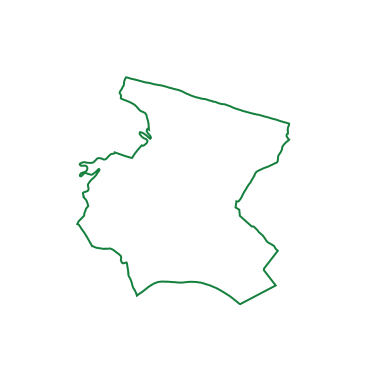 outline of Limpopo, Gaza, Mozambique, rotated 220°
{"feature_id": "85939544B55875453752427", "entity_name": "Limpopo", "entity_type": "district", "adm_level": 2, "iso_a3": "MOZ", "parent_name": "Mozambique", "parent_adm1": "Gaza", "projection": "orthographic", "projection_center": [33.462, -25.027], "detail": "fine", "context": "isolated", "style": "outline", "palette": "green", "viewbox_px": 384, "rotation_deg": 220, "n_neighbors": 0, "source": "geoboundaries", "source_scale": "gbopen_adm2", "svg_char_len": 6042}
<svg xmlns="http://www.w3.org/2000/svg" viewBox="0 0 384 384"><g transform="rotate(220 192 192)"><path d="M161.5,306.8L161.8,306.8L162.2,306.5L163.6,306.0L166.2,304.8L166.5,304.5L168.5,303.8L168.9,303.5L174.1,301.5L177.6,299.8L183.0,297.5L185.5,296.2L190.1,294.3L192.7,292.7L193.7,292.3L193.9,292.1L194.6,291.8L194.9,291.5L195.6,291.3L198.8,289.7L199.6,289.4L205.3,286.7L206.1,286.4L206.4,286.4L211.1,284.4L214.0,283.3L216.5,282.6L217.6,282.3L220.9,281.1L221.6,280.8L223.4,280.2L224.7,279.2L226.3,278.2L229.4,276.8L229.7,276.8L232.5,275.8L233.7,275.0L234.0,274.7L234.7,274.7L238.0,273.1L240.9,272.0L241.2,271.8L241.9,271.5L242.1,271.3L243.1,270.7L243.3,270.4L245.1,269.6L245.3,269.3L246.6,268.8L248.6,267.9L248.8,267.6L251.7,266.4L254.1,265.5L256.0,264.9L256.3,264.9L258.3,264.2L258.6,264.2L259.5,263.8L264.4,262.7L266.4,262.0L268.0,261.4L272.8,259.0L274.1,258.5L274.6,258.2L275.0,258.1L276.4,257.3L278.8,256.4L281.5,255.1L283.9,254.0L288.0,251.5L291.1,249.8L292.5,249.2L294.7,248.1L297.2,246.7L297.4,246.4L297.8,246.3L298.1,246.0L299.7,245.3L300.1,245.0L300.9,244.8L302.4,244.1L304.6,243.0L305.6,242.6L307.0,241.9L307.4,241.8L307.7,241.5L309.2,240.9L310.8,239.9L314.9,238.2L316.2,237.5L315.9,235.6L315.4,234.0L314.4,232.1L313.3,230.7L312.7,229.3L312.7,228.4L312.0,225.6L311.9,224.1L311.8,223.9L311.8,223.1L311.4,221.8L311.1,221.6L310.9,221.2L309.6,220.9L308.6,220.4L308.0,220.0L307.6,219.3L307.1,218.3L306.8,218.1L306.5,218.0L305.5,218.2L303.8,218.8L302.6,219.1L300.9,219.9L300.5,219.9L296.2,221.2L295.7,221.2L293.5,221.7L291.7,221.9L290.1,221.8L286.2,221.3L285.5,221.1L283.7,221.0L280.3,222.0L278.3,222.3L276.4,221.7L275.1,220.6L271.1,217.9L268.6,215.8L268.4,215.5L268.1,215.3L267.9,215.0L267.3,214.5L267.0,213.9L266.7,213.8L266.5,213.5L266.2,213.3L265.7,212.7L265.0,212.1L266.6,211.8L266.7,211.5L266.7,211.1L266.5,210.5L265.8,209.5L263.5,208.6L260.4,208.2L259.8,208.0L258.3,207.2L258.2,206.9L258.3,205.9L263.5,206.0L266.6,205.8L267.6,205.6L269.6,204.9L270.2,204.5L270.1,203.7L269.9,203.4L269.4,202.9L268.7,202.6L266.5,202.2L264.9,202.1L263.3,202.3L261.6,202.9L260.3,202.9L259.3,202.7L258.9,202.4L258.3,201.4L258.2,201.0L258.3,199.6L258.6,197.3L259.4,195.7L260.5,195.4L260.6,189.4L260.5,185.1L260.4,184.1L260.1,181.9L260.1,181.3L259.9,180.7L259.8,180.0L259.9,179.4L266.5,176.5L276.6,172.7L276.4,172.4L276.3,171.9L276.4,171.4L278.2,169.2L278.6,168.3L278.9,165.4L279.0,162.6L279.3,161.5L279.8,160.7L280.8,160.0L283.1,159.4L284.7,158.4L285.6,157.7L286.2,156.4L286.3,153.7L286.5,152.8L286.4,152.3L286.6,151.4L287.0,150.6L288.1,149.3L291.0,147.1L293.5,145.8L294.3,145.0L294.8,144.3L295.7,142.6L296.0,141.8L295.9,141.2L295.6,140.9L295.1,140.7L293.9,140.8L290.6,143.7L289.7,143.9L288.8,143.8L288.0,143.5L286.8,142.1L286.5,140.9L286.5,140.2L286.8,138.9L287.6,137.4L288.9,135.5L289.0,134.7L288.9,133.2L288.6,132.7L288.1,132.3L287.5,132.4L287.1,132.7L286.8,133.5L286.7,136.8L286.2,137.6L285.2,138.4L282.4,139.4L280.2,140.5L279.6,141.3L278.7,145.1L278.3,149.5L278.0,149.8L277.7,149.8L277.4,149.7L277.1,149.4L277.0,149.2L276.8,148.1L276.7,146.0L276.3,143.5L276.4,140.5L276.9,136.9L277.0,135.6L276.8,132.3L276.6,131.2L276.2,130.4L275.4,129.6L273.6,128.3L273.0,127.6L272.7,126.5L272.6,125.5L273.5,124.2L274.7,122.2L274.9,121.2L274.3,120.5L273.5,119.8L271.5,118.7L271.6,118.4L270.8,118.3L270.4,118.1L269.0,118.0L267.7,117.7L266.3,117.1L262.6,114.7L262.4,114.3L262.5,112.3L262.3,110.9L260.5,105.9L259.4,104.6L260.0,96.9L259.3,93.7L258.3,94.0L257.2,94.1L253.5,92.9L248.0,91.5L242.7,89.7L233.7,86.3L233.6,86.5L233.1,86.8L231.5,87.1L229.1,88.0L226.0,89.9L222.4,92.1L222.1,92.9L220.7,93.7L218.9,95.7L217.7,96.4L217.0,96.6L215.4,97.0L213.6,97.1L210.5,97.2L207.7,97.4L205.4,97.2L204.7,96.8L204.5,96.5L204.2,96.3L203.6,95.6L203.1,94.6L202.6,94.1L201.6,93.4L199.9,92.8L199.2,92.9L198.6,93.4L196.9,95.9L195.6,95.3L195.4,95.0L194.0,93.8L193.7,93.6L193.5,93.3L193.2,93.1L192.3,92.2L191.6,91.8L191.5,91.6L190.9,91.1L188.6,89.0L188.5,88.6L188.1,88.5L188.0,88.2L187.7,88.0L187.5,87.7L187.2,87.5L186.9,87.2L182.8,85.5L180.9,84.4L178.4,82.8L177.9,82.3L175.9,81.0L174.5,80.5L174.2,80.5L173.7,80.2L173.4,80.2L170.8,79.1L169.0,78.2L168.8,77.9L168.4,77.8L167.6,77.2L167.3,78.4L167.3,78.8L166.9,80.0L166.8,80.7L166.3,81.9L166.3,82.3L165.8,83.8L165.8,84.2L165.6,84.8L165.5,85.6L165.2,86.3L165.1,87.6L164.2,91.9L163.5,93.6L163.6,93.9L162.2,97.6L161.8,98.4L161.1,99.4L161.0,99.9L160.0,101.4L158.2,103.4L157.8,103.6L157.6,103.9L157.2,104.1L157.0,104.5L155.6,105.6L154.4,106.3L154.2,106.7L153.8,106.9L153.6,107.2L153.3,107.3L153.1,107.6L148.7,110.7L147.4,111.8L145.9,112.7L145.1,113.4L144.8,113.5L143.3,114.6L141.0,116.6L137.3,120.5L134.8,122.8L130.6,126.0L128.3,127.3L128.0,127.6L127.1,128.2L123.6,129.8L123.3,129.8L118.2,132.0L117.9,132.0L117.0,132.4L116.7,132.4L115.7,132.8L115.4,132.8L111.4,134.1L110.8,134.1L110.1,134.4L108.1,134.7L107.3,134.9L105.1,135.3L96.3,136.5L92.9,136.7L89.6,136.7L89.2,136.8L84.1,136.8L83.0,137.1L67.8,174.2L86.7,178.3L87.6,179.7L88.5,202.1L91.6,202.3L94.2,203.3L95.4,203.3L99.0,202.7L100.7,202.3L102.3,202.2L103.8,202.5L107.4,203.6L109.5,204.1L110.5,204.2L114.7,204.2L117.5,204.8L120.5,205.1L122.4,205.2L123.0,205.0L124.0,204.0L140.0,204.5L144.4,208.8L148.7,208.2L152.0,213.4L150.6,214.3L150.3,215.1L150.4,218.1L150.6,219.5L151.6,223.2L151.8,224.5L152.2,226.4L152.3,227.7L152.6,229.4L152.6,230.0L152.9,230.9L153.1,232.8L153.3,234.0L153.3,236.8L153.9,239.2L154.5,243.4L154.7,244.0L154.6,244.3L155.0,245.0L155.0,245.3L155.5,247.2L155.6,247.9L155.5,249.2L154.5,251.9L154.1,252.6L152.3,256.5L151.7,257.4L151.2,258.4L149.4,261.5L148.8,263.2L148.4,263.7L147.0,267.2L146.6,267.7L146.2,268.7L145.9,269.4L146.3,270.9L147.6,272.9L147.8,273.1L148.3,273.9L148.7,274.3L149.1,275.2L149.4,276.4L149.5,278.3L149.6,278.6L149.6,279.2L149.8,279.9L149.8,280.2L150.5,282.5L151.8,284.5L151.9,285.0L152.1,287.3L152.0,289.2L151.8,291.3L151.3,293.3L151.3,294.6L152.5,294.6L155.0,295.4L155.6,295.7L155.8,295.9L156.4,297.1L156.4,297.7L156.0,298.4L158.1,300.7L158.5,300.9L159.0,301.7L160.0,303.3L160.4,304.8L161.5,306.8Z" fill="none" stroke="#15803d" stroke-width="2"/></g></svg>